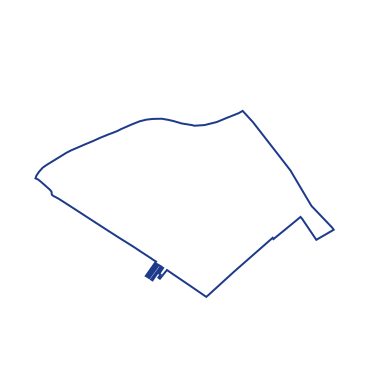 outline of Rud Al-Farag, Al Qahirah, Egypt, rotated 123°
{"feature_id": "37247803B92272311463105", "entity_name": "Rud Al-Farag", "entity_type": "district", "adm_level": 2, "iso_a3": "EGY", "parent_name": "Egypt", "parent_adm1": "Al Qahirah", "projection": "natural_earth1", "projection_center": [31.241, 30.075], "detail": "fine", "context": "isolated", "style": "outline", "palette": "blue", "viewbox_px": 384, "rotation_deg": 123, "n_neighbors": 0, "source": "geoboundaries", "source_scale": "gbopen_adm2", "svg_char_len": 1485}
<svg xmlns="http://www.w3.org/2000/svg" viewBox="0 0 384 384"><g transform="rotate(123 192 192)"><path d="M265.8,330.7L265.4,328.5L265.4,327.2L265.6,325.1L267.4,312.8L268.1,310.3L268.7,309.6L269.1,309.3L270.2,308.5L270.7,307.7L270.8,306.3L270.8,305.2L270.6,304.2L270.3,300.4L270.2,285.7L270.2,255.8L270.1,230.3L269.8,210.5L269.9,203.7L269.9,202.4L269.9,201.1L269.9,194.1L270.0,187.8L269.9,184.3L270.9,184.4L287.6,185.0L287.5,183.8L271.6,183.3L271.5,181.6L287.5,182.0L287.5,181.0L271.4,180.1L271.4,179.9L271.3,177.7L287.6,178.7L287.6,177.0L271.4,176.6L271.4,176.4L271.4,174.9L276.1,174.9L278.3,175.0L278.4,174.2L278.4,173.5L280.0,173.5L282.1,173.6L282.2,172.7L282.2,171.7L271.1,170.5L271.3,161.9L271.6,146.2L272.1,126.3L272.2,122.9L271.0,122.6L269.8,122.2L235.4,113.2L186.5,99.4L186.9,98.6L187.1,98.0L185.7,97.6L176.8,94.7L153.8,87.4L154.2,86.1L154.6,84.8L164.4,61.7L146.5,52.6L145.5,55.1L138.6,84.3L123.0,115.8L120.4,121.0L118.2,127.2L100.2,179.0L96.4,193.7L100.5,195.8L110.9,203.2L119.8,209.3L129.1,218.0L134.0,224.6L134.5,225.3L135.1,226.0L135.8,228.2L137.6,232.3L140.1,237.9L142.5,245.9L144.3,250.9L147.0,257.2L149.6,261.1L152.4,265.1L156.1,269.6L161.2,274.4L168.1,279.3L178.1,285.9L180.5,287.2L181.0,287.5L181.7,288.0L183.9,289.5L190.0,294.0L196.8,298.7L203.2,302.8L209.9,307.4L216.1,311.5L223.3,316.3L227.7,318.8L247.9,328.4L250.8,329.6L251.6,329.9L252.7,330.4L258.3,331.3L262.7,331.4L263.4,331.3L264.1,331.1L265.8,330.7Z" fill="none" stroke="#1e3a8a" stroke-width="2"/></g></svg>